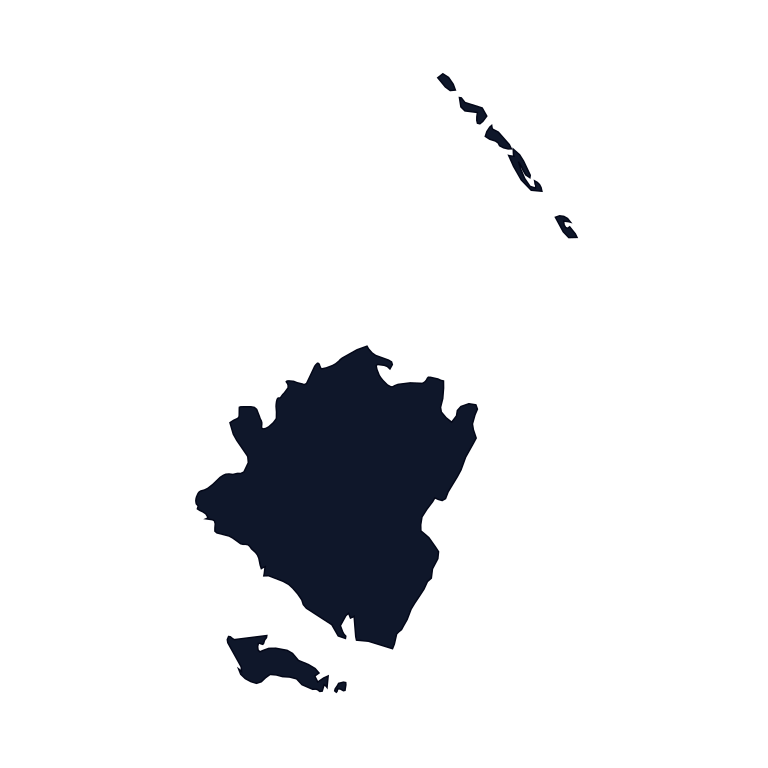 an SVG outline of Ciego de Ávila, rotated 189°
{"feature_id": "CUB-1363", "entity_name": "Ciego de Ávila", "entity_type": "Province", "adm_level": 1, "iso_a3": "CUB", "parent_name": "Cuba", "parent_adm1": "", "projection": "equal_earth", "projection_center": [-78.664, 21.637], "detail": "fine", "context": "isolated", "style": "filled", "palette": "ink", "viewbox_px": 768, "rotation_deg": 189, "n_neighbors": 0, "source": "natural_earth", "source_scale": "10m", "svg_char_len": 4776}
<svg xmlns="http://www.w3.org/2000/svg" viewBox="0 0 768 768"><g transform="rotate(189 384 384)"><path d="M334.2,123.9L359.2,127.5L371.1,126.7L372.4,130.1L377.2,149.9L378.1,149.1L380.5,147.6L383.1,152.0L385.4,149.3L389.3,138.5L386.1,132.8L384.4,130.6L382.3,129.0L382.3,126.7L389.8,128.0L397.9,138.1L425.6,150.4L429.2,153.5L431.4,157.9L436.4,163.2L442.2,168.1L446.7,171.1L452.7,173.3L468.0,176.6L472.7,175.7L472.6,178.0L472.8,182.7L472.7,185.0L475.3,183.4L476.3,182.5L478.0,185.9L480.4,192.4L482.3,195.4L484.5,197.5L489.1,200.5L491.1,202.6L493.0,203.9L495.5,204.0L498.2,203.6L500.6,203.8L509.3,208.2L513.2,209.6L525.8,210.8L528.0,212.2L528.5,215.6L528.8,219.5L530.1,222.4L532.2,223.1L538.7,223.0L537.9,223.5L537.0,224.8L539.7,227.9L542.9,229.4L546.1,230.3L548.8,231.5L548.4,234.5L550.6,236.2L551.1,237.5L551.6,239.3L551.7,241.3L551.5,243.2L550.5,246.9L549.6,248.5L548.2,249.7L544.8,251.2L541.8,253.3L537.3,258.1L531.2,266.2L528.4,268.7L526.2,270.1L523.0,270.9L519.1,271.0L515.0,272.7L513.4,273.0L511.7,273.1L510.0,274.2L508.6,275.2L505.7,285.1L507.2,291.0L508.2,292.2L520.6,305.3L525.0,310.9L530.1,321.7L526.9,324.6L523.3,327.0L522.5,328.0L522.1,328.9L522.1,330.3L523.1,337.2L523.2,338.4L521.8,339.1L511.9,340.7L508.4,340.6L505.8,339.0L501.9,332.3L501.0,330.5L499.5,328.5L498.7,326.8L498.4,325.1L498.3,323.1L498.1,321.9L497.7,321.2L497.0,320.9L495.9,320.8L493.7,321.7L491.1,323.7L487.3,328.4L485.8,331.2L484.9,333.1L485.8,339.5L487.1,345.0L487.3,347.0L487.4,349.7L487.2,351.8L486.8,353.1L486.2,353.6L484.8,353.8L484.0,354.5L482.4,357.7L481.1,359.5L478.1,365.3L478.5,367.7L479.3,369.3L480.4,370.3L480.9,371.0L480.2,371.8L478.4,372.2L473.6,372.5L470.2,371.7L464.3,371.2L462.9,370.8L460.6,372.3L458.1,380.7L455.2,390.7L454.4,392.2L453.0,394.1L452.0,394.1L451.4,393.7L450.8,392.9L450.4,392.0L449.1,390.0L448.5,389.4L447.9,389.2L443.5,390.9L437.7,394.2L434.9,396.4L431.9,399.8L431.1,401.2L429.3,403.1L416.0,413.6L406.7,418.7L404.8,416.3L400.6,412.8L396.7,410.9L383.2,408.3L380.0,407.0L378.8,404.5L380.5,399.8L383.4,401.8L386.6,402.5L393.6,402.3L394.6,400.8L393.3,397.3L390.1,391.8L388.3,389.8L385.7,387.4L380.5,383.6L376.8,382.3L374.9,382.6L373.2,384.0L370.1,385.8L358.3,389.2L346.4,390.6L345.2,391.3L343.7,392.8L342.6,394.7L342.1,396.4L341.3,397.6L339.3,397.9L331.5,397.4L328.4,396.5L325.7,396.3L324.5,389.2L323.7,378.8L324.5,369.8L323.0,365.3L317.4,360.4L311.2,356.9L307.4,363.9L307.4,369.3L304.5,373.8L297.1,377.8L290.0,377.8L287.8,373.8L289.3,367.8L290.4,358.4L288.6,352.9L284.5,345.0L286.4,339.5L291.9,324.6L294.5,311.2L297.1,303.8L300.8,294.8L303.8,287.4L305.3,280.4L308.3,278.0L312.3,278.5L316.0,279.5L317.5,275.5L322.0,267.1L325.7,258.6L325.7,250.7L324.6,244.7L321.2,242.7L315.7,239.3L307.9,231.3L303.9,226.9L303.5,219.9L307.2,209.0L306.9,199.6L310.2,195.6L312.4,187.7L315.7,180.3L319.4,172.3L322.0,165.9L324.3,155.0L326.9,148.1L328.3,144.1L330.6,141.6L332.4,139.1L333.1,128.7L334.2,123.9ZM461.3,102.2L456.4,104.9L449.5,106.1L438.0,105.8L432.2,103.6L425.3,97.6L414.8,95.1L407.5,92.2L403.0,88.4L406.7,84.7L402.8,79.3L397.6,84.2L393.5,86.9L392.8,75.4L393.7,76.3L396.1,77.7L397.0,71.0L399.3,70.3L402.0,71.8L404.0,71.9L406.7,71.3L418.0,74.2L424.2,79.1L431.3,79.8L438.5,79.1L444.9,79.8L451.1,79.3L455.1,75.3L458.6,70.7L463.1,68.4L468.9,69.2L474.9,71.3L480.1,74.9L483.0,79.8L482.1,79.3L479.7,77.7L480.8,82.3L497.8,104.0L498.8,107.0L498.0,110.3L496.2,110.3L493.9,108.9L491.9,108.1L460.4,117.2L460.4,115.1L460.9,114.1L461.5,113.2L462.0,111.8L462.3,109.2L463.0,107.9L464.7,108.1L466.4,108.5L467.5,108.1L467.7,104.9L466.8,101.6L464.7,100.1L461.3,102.2ZM296.6,629.2L295.3,629.1L291.3,629.2L292.1,631.2L293.1,636.2L285.9,631.6L281.0,626.0L272.2,613.1L272.2,610.6L276.7,612.7L279.9,616.6L282.8,621.0L286.1,624.8L282.8,617.9L277.2,609.0L270.7,602.1L265.1,601.2L265.1,603.7L266.0,605.0L266.2,605.6L266.4,606.5L267.0,608.2L264.1,607.1L261.6,605.3L259.6,602.6L258.2,599.1L268.9,598.4L280.3,607.0L290.1,619.2L296.6,629.2ZM334.2,666.8L346.8,666.4L351.4,669.7L354.3,678.7L352.4,678.7L348.1,674.7L330.2,672.0L324.4,664.7L327.5,658.8L330.0,656.0L332.5,656.2L333.6,658.9L334.1,662.4L334.2,666.8ZM308.9,639.9L311.9,641.4L317.9,642.3L322.7,644.4L321.9,649.4L319.7,654.3L318.1,656.2L317.4,654.0L316.6,652.7L310.5,650.7L297.7,640.1L295.0,636.2L298.2,635.6L302.9,636.0L307.1,637.4L308.9,639.9ZM216.3,559.0L224.4,557.5L230.8,562.4L240.8,575.5L236.9,577.6L232.6,577.7L228.6,576.2L225.1,573.0L226.9,573.2L232.1,573.0L231.0,569.3L229.1,567.0L227.0,566.5L225.2,568.3L218.5,562.2L216.3,559.0ZM359.5,685.5L364.5,684.2L369.9,687.0L378.8,694.9L374.4,699.6L368.2,696.9L362.5,690.9L359.5,685.5ZM382.3,73.0L382.9,72.1L384.7,73.2L384.5,75.3L382.7,79.1L382.0,81.2L377.4,83.2L375.1,83.1L374.6,80.9L374.6,75.3L376.1,74.7L379.6,76.0L382.0,75.6L382.3,73.0Z" fill="#0f172a" stroke="#020617" stroke-width="1.5"/></g></svg>